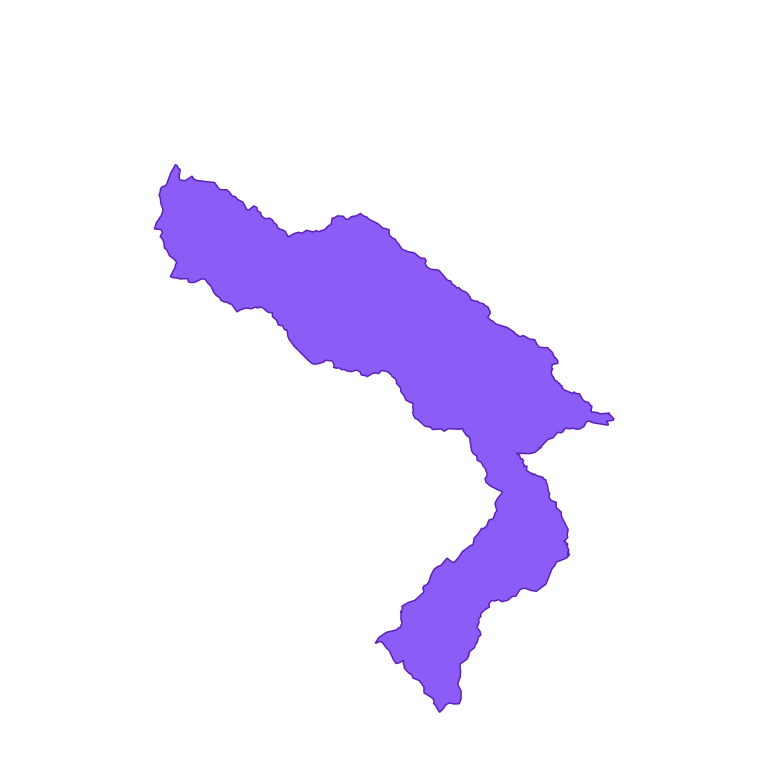 the district of Asau, Bacau, Romania, rotated 323°
{"feature_id": "2599482B80078644800542", "entity_name": "Asau", "entity_type": "district", "adm_level": 2, "iso_a3": "ROU", "parent_name": "Romania", "parent_adm1": "Bacau", "projection": "albers", "projection_center": [26.302, 46.524], "detail": "fine", "context": "isolated", "style": "filled", "palette": "violet", "viewbox_px": 768, "rotation_deg": 323, "n_neighbors": 0, "source": "geoboundaries", "source_scale": "gbopen_adm2", "svg_char_len": 6157}
<svg xmlns="http://www.w3.org/2000/svg" viewBox="0 0 768 768"><g transform="rotate(323 384 384)"><path d="M231.1,679.6L236.3,678.9L240.5,677.4L244.3,678.1L247.7,682.0L251.7,684.6L255.9,682.0L260.7,675.7L262.3,667.9L268.8,663.7L272.0,659.9L276.0,653.5L284.3,653.8L287.5,652.4L291.4,649.2L297.8,649.0L299.4,647.6L303.4,646.1L306.8,643.1L310.4,642.6L311.8,639.5L311.8,634.5L316.4,631.6L318.2,628.5L321.4,628.0L322.1,626.7L324.1,625.4L328.3,625.0L334.0,625.5L335.6,622.7L338.7,621.8L340.0,622.0L342.4,624.3L345.7,625.1L347.0,628.6L352.4,631.2L358.2,630.8L361.7,632.8L368.6,630.1L371.3,630.6L374.0,632.3L377.4,637.6L380.9,641.2L392.8,641.3L407.0,632.7L411.9,631.5L414.4,629.9L422.7,632.3L426.1,632.8L428.5,632.2L428.5,631.2L428.0,631.0L428.3,630.2L429.1,629.8L429.7,630.7L429.9,628.6L430.7,628.8L431.7,627.5L432.9,621.9L433.3,621.6L433.8,622.9L434.4,622.2L433.8,620.8L434.0,618.9L432.9,618.7L432.9,618.1L438.3,617.2L439.1,615.2L443.5,611.0L446.0,596.7L448.4,592.9L447.2,586.2L450.3,582.1L447.5,577.8L447.4,574.0L450.5,570.9L450.9,568.2L453.7,563.0L454.6,559.1L455.5,558.3L454.4,555.5L454.7,554.1L450.9,549.2L449.9,546.3L448.3,545.9L448.6,544.6L447.7,543.9L446.0,539.2L446.1,538.4L448.6,535.8L446.4,533.6L447.2,533.2L447.6,530.1L449.3,529.2L449.4,527.1L448.1,525.8L449.3,522.5L448.2,519.9L448.5,519.3L458.7,527.5L463.6,529.4L470.9,529.2L470.5,528.7L481.2,526.9L486.8,528.7L493.5,527.1L495.9,529.4L498.1,529.9L501.4,528.7L502.9,528.9L504.8,531.1L508.6,533.3L510.5,535.9L513.4,537.7L518.1,538.3L522.7,536.0L525.0,536.5L528.0,541.2L538.1,551.6L539.0,551.1L539.5,547.8L545.3,550.9L546.6,550.0L546.1,545.1L545.2,543.4L546.3,542.7L538.4,537.8L537.6,535.7L532.6,530.8L536.7,526.7L535.7,524.9L536.2,524.1L536.0,521.5L533.9,518.8L533.3,516.2L534.2,509.5L531.2,506.6L531.0,504.8L528.9,504.9L524.5,497.4L523.8,495.1L524.8,493.3L524.8,492.0L524.1,491.2L524.6,489.1L523.8,488.5L523.7,485.9L522.7,483.5L523.5,480.7L523.5,477.7L524.7,475.1L527.8,473.3L527.3,472.9L527.8,471.8L530.1,469.7L535.2,472.1L536.8,469.8L536.8,466.6L536.1,465.2L537.4,461.1L537.4,459.3L536.4,453.0L534.5,452.1L530.1,447.9L530.1,443.9L531.0,439.6L530.6,438.7L527.6,436.2L524.5,429.2L521.5,428.2L520.3,426.8L520.1,425.0L519.0,423.2L519.4,421.7L516.3,412.7L509.4,403.3L508.7,399.1L507.7,397.5L506.9,393.3L511.5,391.4L512.5,389.5L513.3,384.8L511.9,382.1L511.5,379.4L509.3,376.9L508.4,374.0L506.0,371.8L504.0,368.4L505.1,367.1L505.1,361.3L503.9,358.1L502.4,356.4L501.8,352.1L499.9,351.1L499.8,348.5L498.6,345.1L499.3,342.1L497.1,339.2L496.4,327.1L495.6,325.2L490.3,320.5L488.6,315.9L489.9,311.7L491.7,311.2L492.2,308.2L489.7,306.2L488.7,304.3L487.0,297.2L482.8,292.8L479.5,287.1L480.0,280.8L479.6,277.7L480.1,275.3L478.9,273.4L478.0,269.2L478.5,267.2L480.9,263.8L476.7,258.3L475.8,252.9L473.5,247.8L472.6,246.8L471.1,243.0L470.7,240.1L468.6,237.1L467.8,233.6L463.5,233.2L458.7,230.7L454.6,230.8L452.7,229.3L452.4,225.5L448.0,221.7L444.4,221.4L442.6,220.4L437.3,224.9L435.3,224.1L429.7,225.0L423.9,223.1L422.9,222.4L422.2,220.6L419.1,220.1L414.6,214.6L409.1,214.2L407.2,211.5L403.9,210.1L396.1,208.8L396.9,202.6L395.8,199.8L394.2,198.0L393.3,195.3L394.1,191.5L393.1,188.8L393.7,186.1L392.4,182.7L388.7,180.5L387.9,178.7L387.4,175.5L388.6,173.0L387.2,169.2L388.7,166.5L387.0,163.4L380.8,163.7L379.5,162.1L380.8,153.6L378.3,149.0L377.9,144.9L376.0,142.5L376.0,137.2L375.2,134.2L370.8,130.7L369.7,129.0L369.9,121.2L357.2,109.1L355.2,105.4L355.9,103.4L355.6,102.5L347.7,102.0L344.0,98.6L344.1,97.0L345.5,94.7L350.2,90.3L349.7,87.9L350.1,84.7L349.3,83.4L341.1,86.9L330.6,93.6L328.6,94.2L325.9,93.0L323.3,93.4L320.2,96.5L318.2,97.5L317.1,101.1L314.3,105.9L312.7,111.2L311.1,113.1L307.8,115.3L299.1,118.3L294.1,122.0L298.7,126.4L298.4,129.5L294.0,131.6L294.3,135.2L293.2,138.8L290.4,143.4L291.3,145.5L289.9,152.7L291.5,158.0L291.7,162.2L289.2,163.3L287.4,165.1L278.2,169.6L279.0,171.6L283.2,175.4L284.1,177.2L290.6,181.7L289.3,184.7L290.8,186.7L294.0,188.9L301.5,190.3L304.2,192.5L304.0,196.6L304.6,201.8L303.1,209.1L303.4,212.5L304.7,216.1L304.2,219.0L305.7,222.2L308.1,224.5L308.6,226.6L310.3,228.4L310.1,237.9L314.6,238.5L319.8,240.5L323.2,244.0L328.0,245.3L328.8,246.3L328.5,247.0L332.0,248.4L333.2,250.7L334.7,257.2L337.6,259.8L335.5,263.2L336.6,268.7L335.2,273.2L336.6,275.1L338.0,276.0L337.4,280.2L337.9,281.8L339.0,282.8L335.8,288.4L335.2,291.1L335.0,299.6L337.7,319.0L339.0,324.6L340.6,326.5L343.1,327.9L348.4,330.0L352.1,330.2L355.9,333.9L356.5,335.3L355.6,339.0L353.8,340.5L355.3,342.5L358.1,344.4L358.7,347.1L361.2,348.6L361.7,350.4L365.1,354.4L370.7,356.5L372.2,360.3L371.4,362.5L371.6,363.6L374.2,366.0L375.1,368.0L381.1,368.6L384.0,370.1L386.2,372.6L389.9,371.6L393.4,375.1L394.4,377.2L395.4,381.0L395.0,382.6L396.4,387.4L394.4,391.2L394.9,396.9L392.9,400.3L392.9,406.2L391.8,409.6L393.2,413.3L395.2,416.5L395.2,417.5L392.6,420.4L391.7,422.7L390.0,423.7L388.6,426.8L388.2,430.1L389.5,432.5L391.3,442.1L394.2,445.6L395.2,445.7L395.3,449.5L402.5,454.2L403.7,457.9L408.6,458.5L417.2,465.7L419.4,466.3L418.9,474.7L420.1,478.2L414.6,488.4L413.5,491.4L413.5,493.8L414.7,497.1L412.6,501.1L414.5,504.9L413.8,509.2L414.1,512.1L412.2,518.0L410.3,519.8L407.8,520.3L406.3,524.1L407.6,529.5L411.6,537.8L413.7,540.6L411.7,542.4L406.4,543.5L401.7,545.6L400.5,546.6L397.8,553.3L395.1,553.9L390.0,557.4L385.8,555.8L380.3,559.3L376.9,559.4L375.0,558.1L368.4,560.5L363.6,561.2L358.4,565.9L356.1,565.0L345.5,565.1L339.4,567.4L332.4,568.8L331.1,566.6L329.5,561.1L320.0,563.1L316.8,562.0L312.2,562.2L306.4,565.0L301.0,568.9L297.7,569.9L293.8,569.3L291.9,570.8L291.3,573.2L289.9,574.3L278.4,575.3L271.9,573.1L264.7,572.3L263.6,574.6L260.1,576.0L259.9,576.5L260.7,577.0L259.3,577.8L256.1,581.8L255.2,583.8L255.5,584.3L254.3,585.9L250.2,588.3L249.5,587.5L246.0,587.9L236.3,583.7L227.1,583.4L221.4,585.6L222.3,586.4L225.4,586.9L227.2,589.4L227.0,596.0L227.8,600.2L225.7,609.4L225.4,614.4L228.3,615.8L233.0,616.5L230.8,619.7L231.0,621.0L230.2,621.4L230.1,622.6L229.2,623.1L229.8,629.6L231.2,633.0L230.2,636.4L234.0,642.5L233.4,643.7L234.0,645.9L233.5,647.3L233.5,650.0L230.1,654.8L233.2,662.7L233.7,665.6L233.3,667.5L231.3,669.2L231.8,671.5L230.8,678.2L231.1,679.6Z" fill="#8b5cf6" stroke="#5b21b6" stroke-width="1.5"/></g></svg>